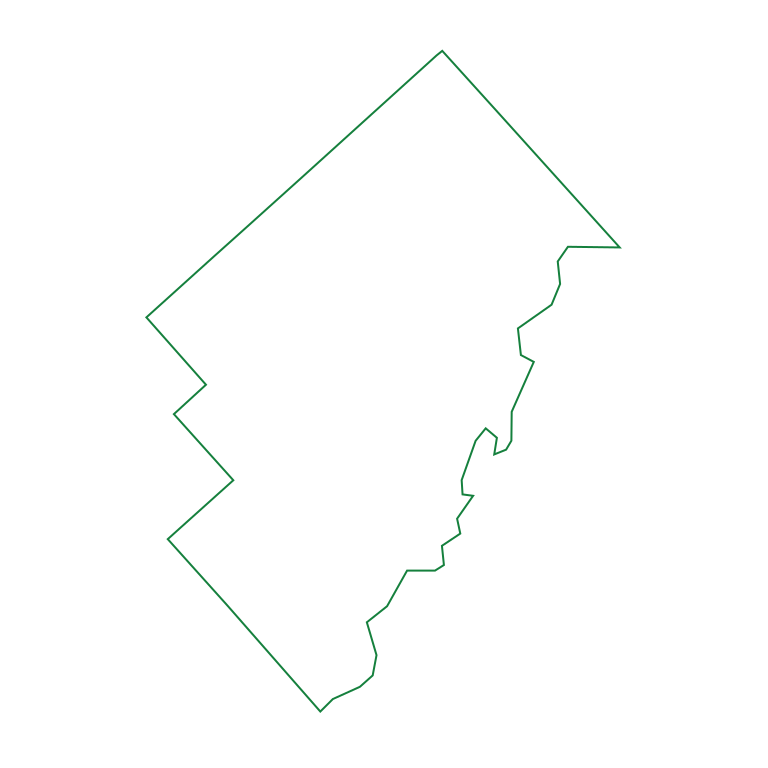 McIntosh, Oklahoma, United States of America, rotated 318°
{"feature_id": "52423323B48474390013644", "entity_name": "McIntosh", "entity_type": "district", "adm_level": 2, "iso_a3": "USA", "parent_name": "United States of America", "parent_adm1": "Oklahoma", "projection": "mercator", "projection_center": [-95.687, 35.348], "detail": "fine", "context": "isolated", "style": "outline", "palette": "green", "viewbox_px": 768, "rotation_deg": 318, "n_neighbors": 0, "source": "geoboundaries", "source_scale": "gbopen_adm2", "svg_char_len": 718}
<svg xmlns="http://www.w3.org/2000/svg" viewBox="0 0 768 768"><g transform="rotate(318 384 384)"><path d="M119.4,443.5L117.5,584.8L135.2,583.9L163.5,592.9L180.6,593.0L197.0,580.5L211.8,549.6L237.6,551.2L276.3,538.1L297.0,556.8L307.4,558.6L318.8,543.0L340.6,546.2L348.2,533.0L375.4,526.7L368.5,518.6L377.4,507.4L414.1,487.5L429.9,485.0L431.9,499.5L418.8,510.1L430.8,514.5L440.7,511.4L460.3,490.1L510.1,467.8L505.1,454.1L520.7,432.3L561.6,437.2L581.8,427.5L595.1,409.2L612.5,405.1L650.5,440.2L650.4,261.4L650.2,175.4L642.9,175.0L461.7,175.5L417.1,175.5L385.8,175.5L343.3,175.4L252.0,175.5L251.2,265.4L207.7,265.8L207.6,354.7L136.6,354.6L119.5,354.6L119.4,443.5Z" fill="none" stroke="#15803d" stroke-width="2"/></g></svg>